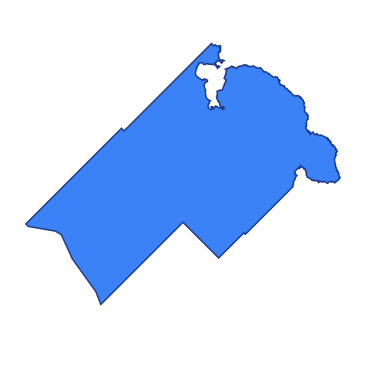 73, Ar Rayyān, Qatar (Mercator projection), rotated 135°
{"feature_id": "91078587B33419778787215", "entity_name": "73", "entity_type": "district", "adm_level": 2, "iso_a3": "QAT", "parent_name": "Qatar", "parent_adm1": "Ar Rayyān", "projection": "mercator", "projection_center": [50.94, 25.696], "detail": "fine", "context": "isolated", "style": "filled", "palette": "blue", "viewbox_px": 384, "rotation_deg": 135, "n_neighbors": 0, "source": "geoboundaries", "source_scale": "gbopen_adm2", "svg_char_len": 5762}
<svg xmlns="http://www.w3.org/2000/svg" viewBox="0 0 384 384"><g transform="rotate(135 192 192)"><path d="M116.8,124.4L115.8,125.5L114.9,125.6L114.5,125.9L114.3,126.6L111.3,128.0L110.2,128.1L110.0,128.7L109.5,128.6L108.5,129.3L106.1,129.4L106.2,130.5L106.6,130.9L106.6,131.6L105.6,132.0L105.8,133.0L105.2,133.2L105.2,133.7L100.9,134.0L99.8,133.4L99.8,133.0L99.6,133.0L99.4,133.9L98.5,134.0L98.3,133.9L98.4,132.8L98.1,132.4L96.8,132.6L96.4,133.4L96.2,130.2L96.5,129.7L96.2,129.3L96.4,128.9L95.9,128.9L95.8,127.8L96.5,127.1L97.2,124.9L97.9,124.8L98.2,123.9L99.2,123.2L99.6,120.8L100.0,120.8L98.5,116.7L98.9,116.7L98.9,115.2L98.1,114.8L98.0,114.1L97.4,113.2L97.0,113.2L96.8,112.6L95.7,112.4L95.4,111.7L95.4,111.1L95.8,110.6L95.8,110.2L95.5,109.8L94.8,109.8L95.3,109.3L94.8,109.3L94.6,108.7L93.3,108.5L92.6,106.9L92.7,106.5L90.9,105.9L90.4,103.2L89.9,102.2L88.3,102.3L86.6,101.6L86.2,101.3L86.4,100.4L85.8,100.4L85.5,99.8L85.1,99.8L84.7,97.6L83.4,97.8L83.4,97.4L78.8,97.1L78.0,97.6L78.0,97.2L77.3,97.4L76.8,98.3L76.4,100.0L75.6,101.1L75.2,101.1L74.8,102.6L74.4,103.0L74.1,104.1L74.7,104.1L74.7,104.6L74.3,104.6L74.2,105.2L73.8,105.6L73.7,106.5L73.2,106.5L73.2,107.2L72.8,107.2L72.4,109.1L71.9,109.1L71.7,109.8L71.1,110.0L70.7,111.1L69.7,112.2L68.7,114.1L64.4,116.1L64.4,116.5L63.9,116.4L63.3,116.7L63.4,117.6L63.1,118.0L60.7,117.8L60.6,118.9L59.8,119.8L60.5,119.8L60.6,120.4L60.0,121.5L59.4,121.7L59.0,123.5L59.7,123.9L59.8,124.6L59.0,124.8L59.0,125.4L59.4,125.4L59.4,126.1L59.8,126.2L59.9,126.5L59.3,128.0L59.4,129.3L58.5,129.1L58.2,130.4L58.2,131.5L59.0,131.7L59.2,132.6L58.3,132.8L58.3,133.9L57.9,133.9L57.9,134.3L58.8,134.1L58.7,136.1L60.0,139.3L60.0,140.0L60.9,141.5L61.6,141.5L61.8,142.0L62.2,142.1L62.1,142.4L62.5,143.0L62.4,145.0L64.6,145.6L64.7,146.7L64.0,148.4L64.4,148.4L64.6,149.0L67.8,149.1L67.2,150.8L66.1,150.8L66.3,152.1L67.4,152.2L67.7,152.6L67.6,153.0L67.0,153.1L66.3,153.7L66.9,154.7L66.9,155.8L66.6,156.5L66.1,156.5L65.3,157.8L64.6,157.6L64.2,158.4L62.9,158.9L62.8,159.7L62.5,160.2L61.8,160.3L60.9,161.2L59.6,161.6L58.1,161.5L58.1,162.6L56.6,163.1L56.0,163.7L55.7,164.7L56.0,165.2L55.3,165.4L55.7,166.5L55.4,166.9L55.7,168.6L55.0,169.5L54.9,170.2L54.0,170.6L53.8,171.3L52.3,171.9L51.7,174.1L50.2,175.2L50.2,175.6L49.3,175.8L49.3,176.3L49.7,176.3L48.5,178.2L48.6,180.8L48.0,181.0L48.2,182.3L48.9,182.3L48.9,183.6L48.4,183.6L48.8,184.3L48.8,185.2L49.5,185.9L50.6,186.2L50.7,186.9L51.7,187.5L51.6,188.6L52.0,189.1L52.0,190.6L51.6,192.8L51.8,193.0L51.9,194.3L52.3,194.3L52.0,195.1L51.9,197.7L52.3,197.7L52.2,199.3L52.7,199.9L52.7,200.4L52.2,200.8L52.1,201.7L51.7,201.7L51.8,202.1L52.5,202.5L52.7,204.0L53.2,205.1L53.8,205.1L53.5,206.6L53.2,207.1L52.6,207.3L52.6,208.4L52.1,208.4L51.9,209.3L51.3,209.0L51.5,209.7L51.0,209.7L51.4,211.0L51.2,211.2L51.0,212.5L50.6,212.5L50.6,213.2L51.2,213.4L51.4,214.2L51.7,214.6L52.6,214.8L53.5,216.0L53.5,216.6L53.3,216.8L54.0,219.2L53.5,221.0L54.6,222.1L54.4,223.6L54.9,224.9L55.4,225.0L56.3,226.6L56.3,227.0L55.9,227.7L55.7,231.4L56.7,231.6L57.9,233.8L58.7,234.6L59.5,238.1L61.4,238.3L61.7,239.4L62.3,240.2L63.4,240.5L63.4,242.4L63.8,242.4L63.8,242.9L64.2,242.9L64.2,243.8L64.7,243.8L64.8,244.6L65.3,245.2L67.5,245.8L68.3,246.4L69.0,247.3L70.3,247.3L70.9,248.3L73.1,247.7L73.1,248.1L73.5,248.1L73.4,248.5L73.8,249.4L73.8,250.7L74.2,251.0L75.0,250.9L75.2,252.4L74.8,252.4L75.0,253.0L79.3,253.9L79.3,254.4L80.4,254.5L81.5,255.2L81.4,254.4L81.7,253.5L83.0,253.0L85.4,251.0L86.7,250.8L87.5,250.1L88.6,249.9L88.9,249.6L88.6,247.2L89.5,246.9L90.1,246.2L92.5,245.6L93.8,244.7L95.7,244.1L98.1,242.8L99.3,243.1L100.1,244.3L103.1,245.5L103.4,244.6L104.6,243.8L105.7,242.5L107.0,242.4L107.2,240.9L108.5,240.7L108.9,237.7L109.6,237.7L109.4,235.9L109.7,235.1L111.0,233.7L111.2,233.1L111.1,231.1L109.6,230.3L109.8,228.3L110.4,228.2L110.8,228.9L111.7,228.5L111.7,229.8L110.8,229.3L110.4,229.6L110.6,230.3L111.7,230.2L111.9,231.4L113.3,232.0L113.8,234.2L114.5,236.1L115.2,236.2L116.9,235.5L117.3,238.1L118.6,238.7L118.6,235.3L118.9,236.1L120.3,236.8L120.9,238.5L120.7,240.5L119.9,241.3L119.5,241.5L118.6,242.3L117.3,242.5L116.5,243.2L114.5,243.5L115.3,246.1L115.3,248.5L113.3,251.5L111.5,253.7L110.0,254.6L109.9,255.7L109.0,257.6L107.6,259.1L105.5,259.9L104.8,259.9L103.1,259.2L102.0,260.2L102.5,261.3L102.4,261.7L103.0,262.0L103.1,262.4L103.9,262.6L103.7,263.3L103.3,263.3L103.3,263.5L104.4,263.4L105.2,263.8L105.7,263.7L105.6,264.3L106.4,267.2L106.9,271.3L106.0,273.0L104.8,274.3L102.2,275.7L101.6,275.8L101.4,276.5L100.7,276.4L100.1,276.7L100.1,277.1L99.4,277.0L98.6,277.5L97.0,277.4L96.8,278.2L95.1,278.0L95.1,277.6L93.8,276.9L93.5,274.5L93.6,273.7L92.7,273.5L92.5,272.8L91.4,272.8L91.4,272.4L90.1,271.7L89.7,270.2L89.3,270.2L88.6,269.1L88.2,269.1L87.8,268.0L86.5,267.2L86.6,266.7L85.9,265.9L85.9,264.1L86.5,261.3L85.8,261.5L85.8,262.6L85.4,262.3L84.5,262.2L84.1,260.9L83.9,260.9L83.7,261.5L84.1,261.5L84.3,262.6L84.7,262.7L85.1,263.3L84.9,266.7L84.7,267.0L83.7,267.1L83.5,266.5L81.1,267.0L80.9,266.1L79.8,265.9L79.6,263.7L80.0,263.7L80.0,262.2L78.3,262.3L77.8,262.7L77.2,262.7L76.5,262.2L76.8,263.5L77.2,263.5L77.2,263.9L77.6,264.0L77.8,264.6L78.4,264.8L78.8,266.1L78.5,267.6L78.1,267.6L77.6,268.9L77.2,268.9L76.9,269.8L76.5,270.2L76.1,270.2L75.5,271.3L74.6,271.5L74.6,272.0L73.3,272.2L73.3,271.7L72.9,272.1L72.5,272.0L72.5,271.5L72.0,271.5L72.2,272.4L70.5,272.8L70.5,273.5L70.9,273.5L70.5,274.1L70.1,274.1L70.1,274.6L69.6,274.6L69.6,274.1L69.0,274.3L68.7,275.2L69.0,275.8L69.4,275.9L69.4,276.3L70.1,276.2L70.3,276.7L71.5,277.4L71.3,279.5L73.5,280.2L73.3,281.1L72.9,280.8L73.4,281.5L73.1,283.2L196.8,283.2L196.8,286.9L332.1,286.9L332.1,283.4L316.3,261.0L314.6,254.2L323.9,229.2L330.5,189.3L336.0,177.0L219.8,177.0L219.8,126.5L184.2,126.5L184.2,124.4L116.8,124.4Z" fill="#3b82f6" stroke="#1e3a8a" stroke-width="1.5"/></g></svg>